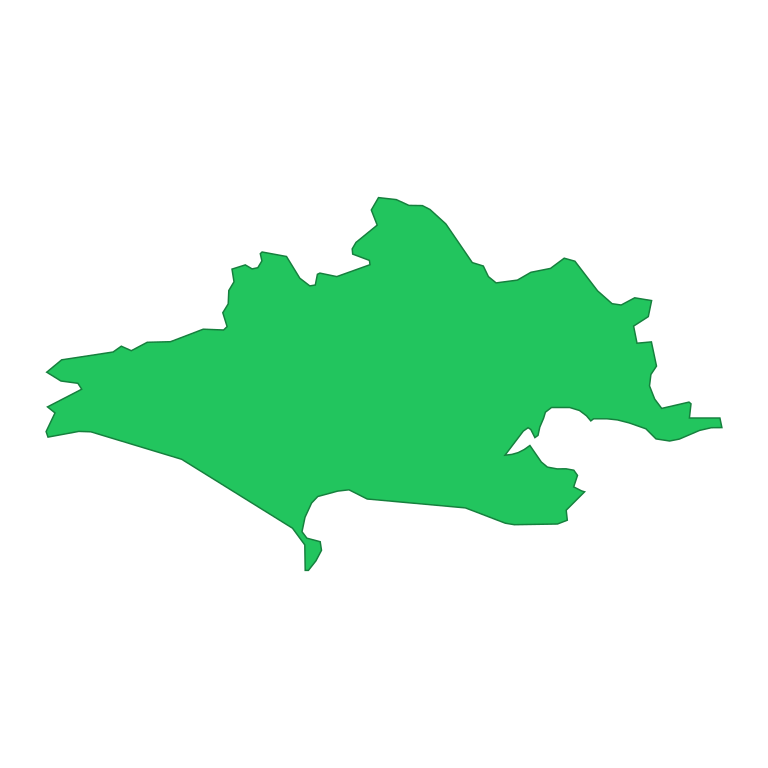 an SVG outline of Dorset
{"feature_id": "GBR-2051", "entity_name": "Dorset", "entity_type": "Administrative County", "adm_level": 1, "iso_a3": "GBR", "parent_name": "United Kingdom", "parent_adm1": "", "projection": "equal_earth", "projection_center": [-2.221, 50.805], "detail": "fine", "context": "isolated", "style": "filled", "palette": "green", "viewbox_px": 768, "rotation_deg": 0, "n_neighbors": 0, "source": "natural_earth", "source_scale": "10m", "svg_char_len": 1801}
<svg xmlns="http://www.w3.org/2000/svg" viewBox="0 0 768 768"><path d="M721.9,427.6L711.3,427.7L699.6,430.4L679.3,439.1L669.6,441.0L656.0,438.9L645.9,428.8L629.1,422.9L617.4,419.9L607.1,418.8L598.7,418.8L593.6,418.8L590.8,420.9L586.5,415.8L579.5,410.5L569.7,407.5L558.5,407.5L551.5,407.5L545.4,412.2L543.6,418.2L539.8,427.1L538.0,435.4L534.9,437.6L530.8,429.5L528.1,427.7L523.3,431.1L505.0,455.2L511.9,454.4L518.2,452.6L524.1,449.6L529.9,445.5L541.3,462.0L547.4,467.1L557.2,468.9L566.0,468.8L573.8,470.2L577.5,475.4L573.7,486.9L581.6,490.9L584.6,491.8L566.2,510.2L567.3,520.2L557.5,524.0L514.3,524.7L505.3,523.2L465.4,507.9L367.2,499.0L349.0,489.8L337.7,491.1L317.8,496.5L311.6,503.0L305.0,517.3L302.0,531.7L306.9,538.2L320.2,541.7L321.5,550.3L315.9,560.9L308.4,570.4L305.2,570.4L304.8,544.9L292.5,528.2L181.7,459.3L90.8,431.8L78.8,431.4L48.0,437.1L46.1,431.6L55.0,412.9L47.5,406.9L81.7,389.2L77.9,383.3L60.9,381.0L46.7,372.2L61.7,359.8L113.1,352.0L121.3,346.2L131.3,350.7L147.2,342.3L170.5,341.7L203.2,329.2L223.6,330.0L227.1,326.6L222.8,312.7L228.2,303.9L228.8,290.5L234.0,281.8L232.0,269.1L245.3,264.9L252.1,268.9L257.8,267.7L261.9,260.9L260.3,253.7L262.1,252.0L286.5,256.5L299.8,278.2L309.8,285.9L315.3,285.0L317.4,274.3L319.9,273.1L336.8,276.6L370.0,264.7L369.4,260.4L352.7,254.1L352.2,248.9L356.0,242.4L377.2,225.1L371.3,210.0L378.5,197.6L396.3,199.6L408.9,205.4L422.4,205.6L430.0,209.5L445.9,224.0L472.3,262.6L483.3,266.0L488.4,276.6L496.1,282.9L517.4,280.1L530.9,272.3L550.5,268.4L564.2,258.2L574.9,261.2L597.6,290.9L612.1,303.7L621.2,305.0L634.7,297.8L651.6,300.6L648.3,316.6L633.6,326.1L637.0,343.2L651.4,341.9L656.5,366.1L650.9,374.5L649.5,385.9L654.7,399.1L661.7,408.4L689.0,402.1L691.0,403.8L689.4,418.0L719.9,418.0L721.9,427.6Z" fill="#22c55e" stroke="#15803d" stroke-width="1.5"/></svg>